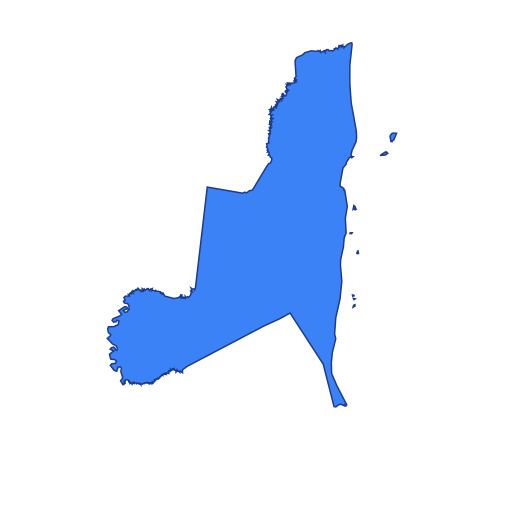 the district of Sarmi, Papua, Indonesia, rotated 69°
{"feature_id": "22746128B27261093121909", "entity_name": "Sarmi", "entity_type": "district", "adm_level": 2, "iso_a3": "IDN", "parent_name": "Indonesia", "parent_adm1": "Papua", "projection": "mercator", "projection_center": [139.039, -2.532], "detail": "fine", "context": "isolated", "style": "filled", "palette": "blue", "viewbox_px": 512, "rotation_deg": 69, "n_neighbors": 0, "source": "geoboundaries", "source_scale": "gbopen_adm2", "svg_char_len": 6119}
<svg xmlns="http://www.w3.org/2000/svg" viewBox="0 0 512 512"><g transform="rotate(69 256 256)"><path d="M427.5,224.6L406.2,227.0L392.8,227.5L382.6,223.9L373.3,219.2L361.8,211.2L357.1,210.6L342.3,203.7L326.1,192.9L310.5,185.0L294.7,180.4L289.6,178.2L278.8,171.1L270.7,167.2L266.8,163.6L252.8,159.1L242.4,153.0L226.5,149.6L226.0,150.5L224.8,149.8L223.0,150.7L221.2,152.4L218.8,151.7L205.2,143.4L202.5,138.9L200.9,138.0L197.6,133.5L197.5,131.8L198.6,131.4L198.1,129.8L197.5,131.0L195.7,131.1L191.7,128.4L185.4,121.8L181.4,119.6L174.5,117.4L147.0,112.2L128.6,106.6L111.7,100.1L92.8,90.4L91.4,90.2L91.0,90.9L91.3,95.0L93.1,99.3L91.9,99.0L91.6,99.9L90.2,99.5L91.4,101.5L89.8,101.1L89.7,102.5L90.3,102.9L89.5,103.2L92.2,105.5L90.4,106.8L91.2,107.4L90.5,108.6L91.5,108.9L92.1,111.1L91.3,111.7L90.5,114.3L89.2,114.7L88.6,116.3L89.3,116.8L88.9,118.1L90.6,118.6L88.8,119.3L89.3,122.5L87.2,122.5L87.8,123.6L86.6,124.1L86.6,126.2L84.2,131.1L83.7,137.5L85.0,141.0L85.3,147.0L87.7,149.6L102.8,154.3L104.1,156.5L106.2,155.0L106.6,155.9L105.1,156.5L106.2,157.9L106.8,157.5L106.6,156.2L107.8,156.0L107.1,157.5L108.3,158.1L107.3,161.0L108.3,162.8L106.7,162.4L105.7,164.6L107.9,164.3L106.7,166.1L108.2,165.8L108.9,167.5L111.7,167.1L113.0,166.2L113.3,167.0L111.9,167.8L112.8,169.8L113.5,169.8L113.3,168.6L113.9,168.2L117.2,170.7L116.4,172.2L114.1,172.4L113.8,173.0L114.4,173.8L116.3,173.2L115.7,174.3L116.2,175.1L117.2,174.0L118.6,174.3L117.9,176.1L119.0,175.6L119.9,176.2L118.3,176.4L118.2,177.2L120.1,178.5L118.7,178.7L117.5,180.0L120.0,179.7L120.4,180.3L119.4,181.7L121.4,181.2L123.5,182.7L121.2,182.1L122.1,183.8L123.9,183.3L124.8,184.2L123.3,184.6L123.3,186.3L126.0,187.1L126.1,187.9L125.6,188.2L124.4,187.0L124.8,188.7L123.0,188.4L124.1,189.3L124.1,190.7L125.7,189.2L125.6,191.0L126.3,191.2L127.0,190.1L128.6,192.9L129.0,191.9L129.8,191.9L130.2,190.5L130.7,191.9L131.8,192.0L132.6,193.2L133.3,193.0L133.0,191.8L133.7,190.9L134.3,193.3L136.3,192.9L135.0,194.8L136.8,195.5L136.8,196.3L137.4,194.3L139.3,194.7L138.2,195.3L138.1,196.1L139.3,195.4L140.9,196.7L141.7,195.6L142.2,196.4L141.1,197.5L144.1,197.9L143.7,198.9L145.2,198.0L145.6,198.7L147.0,198.7L147.9,199.9L146.7,199.3L146.5,200.4L148.8,200.4L150.5,202.2L151.3,201.8L152.9,203.1L155.1,203.4L154.9,205.8L157.2,206.1L158.1,207.2L160.1,206.5L161.4,207.7L162.5,207.0L163.1,207.9L163.3,206.9L164.7,206.8L166.3,208.3L166.5,207.3L169.2,207.1L170.1,206.2L171.8,206.8L174.3,209.0L174.4,211.2L175.8,213.4L193.2,235.7L192.7,238.7L193.7,242.1L192.4,243.6L192.6,245.9L174.2,276.8L264.3,324.1L265.4,325.2L264.7,325.1L264.0,327.3L262.7,328.1L264.8,328.1L265.2,329.6L266.9,328.4L267.0,329.7L269.2,331.2L270.5,333.9L269.5,334.5L269.7,336.2L268.3,336.5L269.9,337.1L268.5,337.5L269.6,337.6L269.4,338.8L268.2,338.9L268.9,340.4L268.2,341.0L267.7,339.7L266.5,339.9L266.0,339.1L265.3,340.2L267.2,341.2L266.5,341.7L267.1,343.0L266.4,347.6L260.8,355.5L257.4,356.1L257.9,357.2L256.6,357.1L256.9,359.0L256.1,357.7L254.9,358.3L253.0,361.9L252.2,361.9L252.6,362.8L250.9,364.6L251.0,365.9L249.5,364.8L249.9,366.2L249.4,366.5L248.6,365.2L250.0,367.9L247.9,368.2L248.0,369.4L246.9,369.0L248.1,370.0L247.9,371.8L247.2,372.0L248.0,372.5L246.6,373.2L247.9,373.7L246.5,374.1L248.0,374.5L246.8,375.6L247.8,376.2L244.0,377.6L245.1,378.3L244.3,378.9L245.1,379.8L244.3,380.5L245.5,382.4L244.3,383.2L245.1,383.7L244.5,384.5L245.1,385.0L245.3,384.0L245.9,384.8L246.5,384.5L246.0,385.3L246.5,385.8L245.4,386.6L245.8,387.2L246.3,386.8L246.1,387.9L247.7,388.6L246.7,389.1L247.8,389.3L246.7,392.3L247.4,394.2L250.0,393.9L250.8,396.0L252.7,395.7L254.6,392.8L257.1,392.5L260.2,393.6L261.9,396.3L261.7,398.6L259.2,399.2L259.2,394.9L257.5,394.8L256.2,396.5L257.8,403.8L262.2,402.4L263.1,404.2L263.3,411.9L264.4,413.4L266.8,412.6L267.2,410.0L266.1,408.9L267.3,407.3L269.6,408.5L271.0,409.9L270.6,411.5L271.1,413.7L269.2,419.1L270.7,420.5L274.6,421.3L277.2,419.8L278.3,420.5L279.6,424.4L286.5,421.6L290.0,418.6L292.7,418.6L294.0,419.4L293.7,420.7L291.2,420.7L289.9,421.8L289.8,423.9L290.8,425.6L293.6,422.9L295.2,428.0L300.2,428.6L302.2,424.9L304.2,424.0L305.8,425.8L304.9,429.3L305.9,431.2L312.0,429.4L313.7,427.3L310.3,424.6L311.1,422.2L312.6,421.9L315.4,423.6L322.1,424.1L324.0,427.2L328.6,426.3L328.2,424.5L327.2,425.7L327.8,424.9L327.3,424.1L326.2,424.0L326.9,423.5L324.8,422.5L325.3,420.9L326.4,419.5L327.6,419.8L327.4,419.1L329.8,419.4L329.5,418.8L328.7,419.2L328.9,418.5L331.3,417.6L330.3,416.8L331.4,416.6L330.5,416.4L330.1,415.3L331.5,415.3L331.2,414.2L331.8,413.1L332.5,413.3L332.4,411.8L333.2,411.1L333.9,411.5L333.1,410.2L334.8,409.7L334.0,409.5L335.0,407.8L334.4,406.0L335.2,405.6L334.6,404.7L335.5,403.5L335.0,402.8L335.8,402.7L336.0,401.3L336.7,401.5L336.5,400.6L337.2,400.7L336.8,399.9L337.7,399.4L337.0,398.5L338.0,398.5L337.6,397.2L336.4,397.5L337.4,395.9L336.8,396.5L336.5,395.4L335.5,395.3L336.0,394.6L335.2,394.6L335.6,393.3L335.0,393.0L335.8,391.6L334.8,391.2L335.5,390.5L335.0,389.2L334.3,389.2L334.1,387.6L333.2,387.5L333.8,387.4L333.3,386.8L334.3,385.7L332.9,385.1L332.9,383.3L333.6,383.9L334.1,382.9L333.4,383.2L333.1,382.1L334.0,382.0L333.5,381.1L334.4,379.5L332.8,379.5L333.0,378.7L332.1,378.4L332.9,377.7L331.2,376.5L332.6,376.4L332.3,374.1L331.3,374.3L331.5,372.9L333.3,373.1L334.0,371.6L335.0,372.0L334.3,371.1L335.5,371.5L335.2,370.1L337.1,368.9L336.1,368.8L336.3,367.9L338.6,366.4L335.9,365.4L334.3,359.6L324.2,273.9L323.1,256.6L321.5,244.6L381.0,232.0L424.6,237.1L425.5,235.5L424.5,232.3L424.7,230.1L426.8,227.9L426.4,226.6L427.7,227.1L428.3,225.9L427.5,224.6ZM197.1,85.8L191.8,80.8L190.4,83.9L190.4,85.5L192.1,87.9L197.5,89.0L198.0,88.0L197.2,87.6L197.1,85.8ZM207.3,96.2L205.9,96.7L205.2,97.9L206.6,104.1L208.1,98.8L207.3,96.2ZM248.4,145.9L245.3,145.8L244.0,146.6L247.2,148.6L246.9,147.6L248.4,146.9L248.4,145.9ZM338.6,183.7L338.2,181.5L336.9,181.1L337.0,182.5L338.6,183.7ZM290.4,159.4L287.9,158.9L287.9,159.5L288.8,159.2L289.2,160.8L290.0,160.8L290.4,159.4ZM268.8,157.9L268.1,159.7L268.7,160.2L269.4,158.8L268.8,157.9ZM330.5,180.3L331.8,180.2L331.5,178.8L330.5,180.3ZM328.1,180.1L328.4,178.9L327.9,178.6L327.0,179.9L328.1,180.1Z" fill="#3b82f6" stroke="#1e3a8a" stroke-width="1.5"/></g></svg>